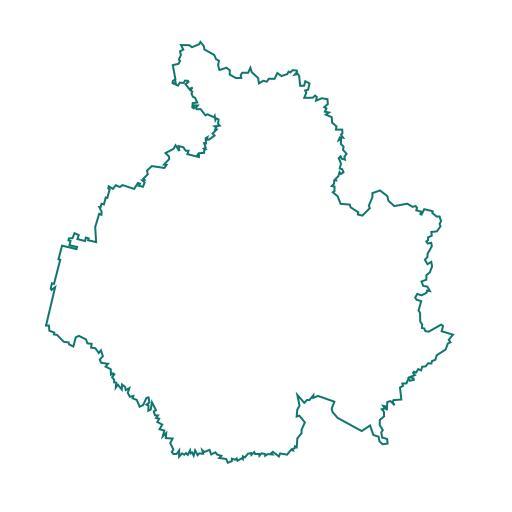 Oberon, New South Wales, Australia, rotated 5°
{"feature_id": "25037944B83786043255817", "entity_name": "Oberon", "entity_type": "district", "adm_level": 2, "iso_a3": "AUS", "parent_name": "Australia", "parent_adm1": "New South Wales", "projection": "mercator", "projection_center": [149.791, -33.845], "detail": "fine", "context": "isolated", "style": "outline", "palette": "teal", "viewbox_px": 512, "rotation_deg": 5, "n_neighbors": 0, "source": "geoboundaries", "source_scale": "gbopen_adm2", "svg_char_len": 6026}
<svg xmlns="http://www.w3.org/2000/svg" viewBox="0 0 512 512"><g transform="rotate(5 256 256)"><path d="M52.9,343.6L55.7,343.3L56.7,348.5L61.7,349.8L61.5,351.7L64.7,352.0L72.1,358.3L76.8,358.4L77.5,360.3L81.9,362.1L83.6,352.7L86.5,351.0L93.9,353.9L95.7,357.7L99.9,357.8L99.7,361.7L104.0,361.9L107.9,366.4L109.7,363.5L112.2,369.1L109.4,372.9L111.1,375.9L117.9,376.3L115.8,379.3L121.1,381.4L121.9,386.8L123.8,385.3L125.2,386.2L123.2,389.3L125.5,391.6L125.6,394.2L127.7,394.3L127.8,399.3L129.6,396.2L133.9,400.7L133.8,395.7L137.1,398.0L137.9,400.9L141.3,398.7L140.2,403.5L142.6,407.2L146.0,406.1L145.4,408.5L149.8,409.8L153.2,416.3L156.4,414.5L159.2,407.1L161.2,406.2L162.6,411.2L159.8,413.6L161.9,414.3L162.2,419.5L164.5,418.2L165.1,410.8L169.8,418.3L167.7,419.8L169.2,423.5L172.2,423.4L170.6,426.1L173.7,426.5L172.2,430.0L177.3,432.1L175.0,437.0L179.9,437.9L178.8,443.9L182.0,440.2L182.0,445.3L188.8,445.1L186.9,449.9L190.6,456.0L189.1,458.5L191.0,460.5L194.2,460.1L196.4,456.4L196.9,462.6L199.5,459.1L201.8,460.2L203.4,458.4L205.4,460.1L207.3,455.3L208.3,458.3L209.6,457.4L211.3,460.4L212.3,454.9L215.2,459.5L216.6,457.6L220.6,457.6L219.4,454.1L221.5,455.8L226.6,453.2L228.7,457.6L232.7,455.1L234.4,457.1L238.9,458.1L237.0,460.4L243.9,460.8L245.9,464.4L249.8,462.4L249.6,460.0L253.0,460.8L254.4,459.4L255.4,461.6L259.4,458.8L260.6,459.6L260.5,456.7L262.5,457.6L265.2,453.7L268.2,452.8L268.7,454.6L271.3,451.5L272.4,453.3L276.4,453.0L276.8,454.7L278.6,452.1L282.2,452.5L282.6,454.2L285.0,452.3L289.7,452.3L288.5,451.0L289.9,449.6L296.3,453.7L297.2,450.6L304.3,451.2L307.7,446.1L309.8,446.5L309.0,445.1L311.3,444.2L311.4,442.3L313.2,443.1L313.1,434.1L316.8,428.6L316.5,425.1L319.2,417.5L313.1,411.3L310.5,412.4L310.5,405.5L312.4,401.3L309.3,390.8L316.9,398.1L319.4,394.9L321.7,394.9L325.3,389.8L325.5,392.3L329.9,390.0L346.8,394.3L344.7,401.4L345.9,404.8L351.3,410.1L376.6,421.2L384.4,414.9L388.5,424.1L393.9,425.3L395.1,429.8L398.5,432.5L403.4,431.4L402.6,426.9L397.5,425.8L396.2,420.9L397.5,418.4L393.9,413.5L393.7,408.4L397.6,404.6L397.0,400.0L394.7,397.7L397.6,396.8L395.7,394.2L398.2,394.6L399.8,398.3L399.5,390.1L402.6,388.8L407.1,392.6L404.8,389.6L405.5,387.6L413.3,386.3L410.9,374.5L413.8,372.6L412.9,370.3L417.0,369.8L418.6,364.7L420.3,366.9L424.0,365.6L423.6,364.2L419.7,363.3L424.7,360.8L422.7,358.8L423.5,357.5L425.6,358.2L427.5,354.5L430.4,355.6L431.2,351.9L434.7,351.1L436.8,347.9L440.1,347.8L440.5,345.3L443.7,343.7L444.7,339.1L453.0,332.7L454.7,326.5L457.2,325.0L455.3,322.7L459.1,317.2L447.5,314.8L448.4,309.4L446.4,308.2L434.7,316.3L431.3,316.1L429.9,313.5L427.6,313.3L427.5,309.7L425.3,307.0L424.4,298.4L422.7,296.1L424.5,286.6L419.8,285.6L418.2,283.6L420.0,279.7L424.3,280.8L429.1,277.8L429.4,275.6L432.3,275.8L429.4,271.6L425.2,271.2L423.1,267.0L427.7,264.8L427.5,260.2L430.6,257.1L432.3,251.1L431.1,246.6L427.5,249.2L424.6,245.0L426.9,242.0L426.7,238.9L430.3,230.9L429.4,227.6L425.9,228.6L424.4,226.6L425.9,225.4L425.7,222.5L429.3,220.5L428.6,216.8L434.1,215.7L437.2,210.3L436.1,208.1L437.3,205.1L435.4,200.6L432.6,201.0L427.9,197.8L428.1,196.0L419.5,194.7L417.3,200.3L416.2,200.1L416.6,197.4L411.7,196.5L412.2,193.9L410.6,192.3L407.8,193.4L402.2,190.7L389.4,194.2L383.2,189.5L381.5,184.8L373.8,179.9L366.5,183.2L366.8,187.3L364.0,196.1L365.2,198.4L358.4,206.5L353.9,205.8L354.1,203.5L346.0,199.3L344.9,196.6L335.8,196.7L332.1,189.4L327.0,185.8L328.5,184.7L328.2,180.0L325.4,179.7L327.5,177.2L327.3,173.8L329.3,173.7L328.5,172.2L331.1,169.4L331.9,165.2L333.5,166.9L335.9,165.0L334.3,162.0L331.8,161.6L332.6,156.5L329.9,151.3L331.6,149.3L333.0,151.7L336.2,152.3L335.4,149.4L337.3,146.3L333.4,142.7L333.7,139.3L330.8,137.0L330.5,132.4L328.2,133.6L329.3,130.4L332.5,130.6L330.1,127.8L331.4,126.0L330.9,122.6L324.6,123.1L324.9,119.9L320.2,116.5L319.3,111.1L313.2,109.1L316.2,106.7L312.0,106.2L313.3,102.8L311.0,101.8L314.3,98.4L313.5,93.5L307.9,93.1L302.3,96.0L302.7,92.3L300.9,91.0L298.8,93.4L290.3,94.2L291.9,88.9L290.5,86.9L293.4,85.8L294.3,79.4L289.9,77.6L289.1,82.1L285.2,82.7L283.3,72.8L281.8,71.0L278.8,72.0L281.0,69.0L280.4,67.7L276.2,67.7L274.3,70.1L272.4,69.5L271.3,72.1L265.6,74.5L261.3,71.9L259.0,77.9L253.3,78.3L251.6,81.4L248.0,80.8L243.9,83.8L242.6,78.5L235.8,73.3L234.0,69.0L232.2,74.2L226.3,74.6L225.0,77.0L225.8,79.9L220.6,80.5L214.0,77.6L213.7,73.3L210.3,71.0L203.4,73.9L201.6,69.3L202.1,64.8L199.1,63.4L196.9,59.4L186.6,54.7L185.8,51.5L182.0,47.6L180.9,50.0L174.0,53.6L171.3,51.8L162.9,52.4L165.6,56.7L162.4,58.8L163.7,62.2L162.0,67.0L163.4,68.3L162.0,71.3L156.5,73.1L160.3,86.9L157.9,88.9L157.8,91.0L159.3,91.7L160.6,89.5L161.4,92.4L163.5,93.0L164.9,90.0L168.8,89.9L169.9,87.5L172.9,87.4L173.6,88.3L170.8,91.0L175.1,95.6L178.1,93.6L176.2,96.6L178.2,97.8L177.6,99.9L179.2,102.8L181.5,103.7L184.1,108.2L179.6,109.2L179.6,113.5L181.1,114.2L181.5,111.3L184.9,111.1L183.2,113.5L184.0,114.9L188.2,114.6L193.3,120.3L195.3,119.1L202.1,121.5L202.7,120.1L203.7,124.2L204.5,122.4L206.8,123.2L206.7,127.5L208.5,129.3L203.4,130.4L205.1,131.5L204.3,133.5L205.7,133.5L202.1,137.8L204.2,139.7L198.9,144.2L196.8,144.5L197.3,141.8L195.6,143.1L196.4,148.2L194.5,148.1L196.4,152.4L194.8,153.4L196.5,154.2L195.2,155.0L195.3,157.8L190.0,158.6L189.0,160.3L190.5,160.5L190.5,162.4L178.7,160.5L179.6,157.0L176.9,157.3L174.1,154.0L169.3,153.2L170.5,158.1L166.2,152.7L164.5,156.5L156.9,161.3L160.6,164.4L161.1,167.0L156.4,173.0L158.9,173.1L157.0,176.3L144.4,175.5L140.0,180.4L141.0,184.1L137.1,188.7L138.4,189.9L136.0,190.5L138.7,192.5L137.3,196.9L133.1,196.3L134.1,194.0L132.0,193.5L128.8,199.8L116.7,197.0L114.4,199.2L110.2,197.7L107.6,201.6L103.2,199.4L103.0,201.6L104.4,202.5L102.8,211.1L101.2,210.8L100.0,217.9L97.5,217.5L96.9,220.9L95.6,220.9L98.4,225.5L98.4,228.5L96.1,227.6L93.3,241.1L95.5,256.1L87.3,254.9L87.7,253.0L84.9,252.5L84.4,256.0L76.6,254.7L77.6,250.6L73.2,249.1L71.7,254.2L68.1,254.8L67.8,256.8L69.9,257.2L69.2,261.5L77.0,262.6L76.6,264.8L61.9,262.6L59.5,276.5L61.3,276.8L57.2,301.4L55.1,301.0L54.3,306.3L55.3,307.6L58.6,304.6L52.9,343.6Z" fill="none" stroke="#0f766e" stroke-width="2"/></g></svg>